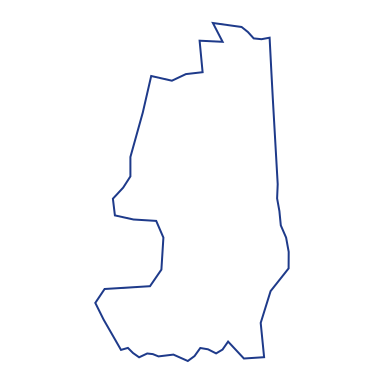 map outline of Agago (Equal Earth projection)
{"feature_id": "UGA-5608", "entity_name": "Agago", "entity_type": "District", "adm_level": 1, "iso_a3": "UGA", "parent_name": "Uganda", "parent_adm1": "", "projection": "equal_earth", "projection_center": [33.347, 2.944], "detail": "fine", "context": "isolated", "style": "outline", "palette": "blue", "viewbox_px": 384, "rotation_deg": 0, "n_neighbors": 0, "source": "natural_earth", "source_scale": "10m", "svg_char_len": 771}
<svg xmlns="http://www.w3.org/2000/svg" viewBox="0 0 384 384"><path d="M269.6,37.7L271.4,72.4L272.8,98.4L277.7,184.2L277.1,198.4L279.4,211.1L280.8,225.4L286.1,237.6L288.7,251.9L288.6,268.4L270.6,291.1L260.7,322.9L264.1,357.2L243.9,358.5L228.1,341.6L222.5,349.6L216.1,353.4L208.0,349.3L200.3,348.0L194.5,356.1L187.8,361.0L173.4,354.6L158.5,356.4L152.8,354.1L147.2,353.5L139.1,357.3L133.0,353.0L127.9,347.9L121.0,349.9L103.6,319.6L95.3,302.9L104.6,289.0L150.0,286.2L161.4,269.6L163.4,237.6L156.2,220.9L133.5,219.5L114.9,215.4L112.9,198.7L123.2,187.6L130.4,176.4L130.4,157.0L142.8,112.5L151.2,76.0L171.9,80.7L185.9,74.1L202.6,72.2L199.6,40.7L222.6,41.8L212.9,23.0L241.6,27.0L247.9,32.0L253.7,38.4L261.5,39.2L269.6,37.7Z" fill="none" stroke="#1e3a8a" stroke-width="2"/></svg>